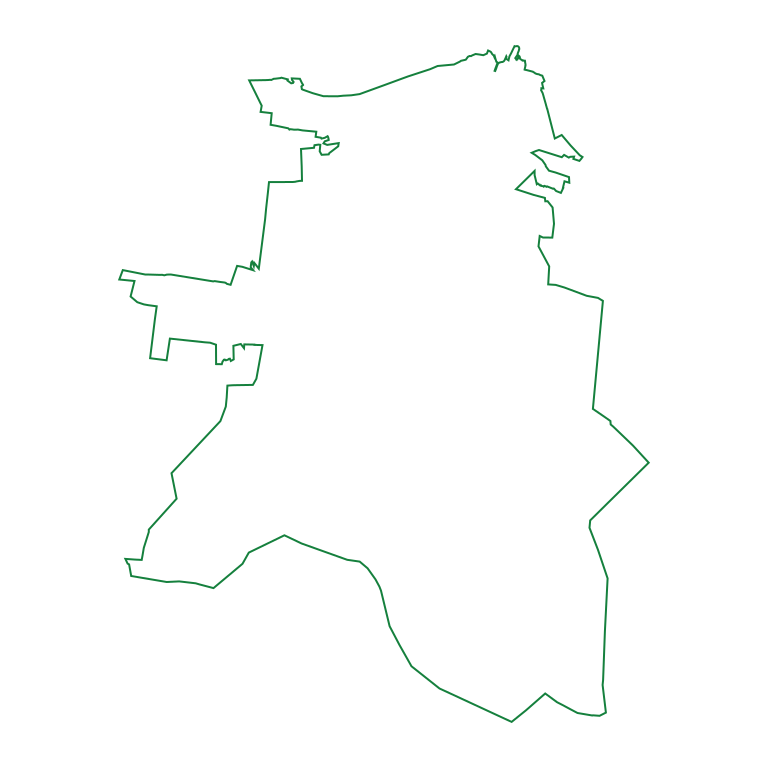 the district of Saltillo, Coahuila, Mexico
{"feature_id": "50627088B85716210154341", "entity_name": "Saltillo", "entity_type": "district", "adm_level": 2, "iso_a3": "MEX", "parent_name": "Mexico", "parent_adm1": "Coahuila", "projection": "robinson", "projection_center": [-101.093, 25.033], "detail": "fine", "context": "isolated", "style": "outline", "palette": "green", "viewbox_px": 768, "rotation_deg": 0, "n_neighbors": 0, "source": "geoboundaries", "source_scale": "gbopen_adm2", "svg_char_len": 5632}
<svg xmlns="http://www.w3.org/2000/svg" viewBox="0 0 768 768"><path d="M525.2,67.0L525.3,66.3L525.3,65.9L525.5,65.7L525.5,65.1L525.5,64.7L525.5,64.3L525.4,63.8L525.1,62.3L525.1,62.0L525.1,61.8L525.0,61.7L525.0,61.2L524.9,60.8L524.9,60.7L522.8,60.6L522.8,60.4L522.7,60.4L522.4,60.2L522.1,60.2L521.9,60.0L520.7,59.3L520.6,59.2L519.8,58.5L519.8,58.4L519.9,57.5L519.9,57.4L519.7,57.2L519.6,56.5L518.9,55.9L517.8,58.5L517.7,58.4L517.4,58.9L516.8,59.8L516.5,59.5L516.4,59.5L516.4,59.4L515.6,58.5L515.3,58.1L517.0,55.6L517.7,54.5L517.7,54.3L517.7,54.0L517.7,53.5L518.2,52.2L518.3,51.9L518.7,51.0L518.8,50.7L519.0,49.7L519.1,49.2L519.3,49.0L519.2,48.3L519.2,48.0L518.8,47.0L518.7,46.9L518.3,46.6L518.0,46.3L517.8,46.2L517.6,46.1L517.3,46.1L517.0,46.1L516.7,46.1L515.7,46.3L515.3,46.4L515.0,46.4L514.5,46.2L514.2,46.9L513.2,48.9L512.1,51.2L511.1,53.3L510.6,54.2L510.5,54.5L510.4,54.7L510.2,54.9L509.8,55.7L509.6,56.0L509.4,56.6L508.8,58.9L508.5,60.3L505.9,58.6L506.5,56.9L506.5,56.7L506.4,56.5L506.3,56.3L505.6,58.0L505.4,58.4L505.2,58.8L504.8,59.8L504.6,60.1L504.4,60.5L504.2,60.8L504.0,61.0L503.8,61.2L503.6,61.4L503.1,61.7L502.8,61.8L502.4,62.0L502.1,62.0L501.1,62.1L500.2,62.4L499.6,62.5L499.3,62.7L498.8,62.9L498.6,63.1L498.4,63.3L498.1,63.6L497.9,63.8L497.8,64.1L497.7,64.3L496.9,66.3L496.1,68.7L495.2,71.0L494.6,70.8L495.7,67.7L495.9,67.3L496.7,65.1L497.0,64.2L497.4,63.1L497.5,62.8L497.5,62.6L497.4,62.4L497.2,62.2L496.6,61.9L496.4,61.8L496.3,61.6L495.7,59.6L495.6,59.3L495.2,57.9L494.7,56.1L494.4,56.6L494.3,56.9L493.7,55.4L492.8,54.7L492.0,53.8L491.4,52.7L490.9,52.0L490.4,51.6L488.1,50.5L486.9,53.6L483.3,55.2L479.3,54.5L475.6,54.0L472.2,55.4L471.0,56.1L469.6,56.0L467.9,56.8L465.9,59.6L465.0,59.9L461.0,60.8L459.9,61.6L454.0,64.5L437.6,66.0L430.1,69.2L408.1,76.4L401.5,78.8L386.0,84.5L359.6,94.1L351.2,95.3L343.3,95.7L337.4,96.3L323.4,96.2L312.8,93.2L302.9,89.7L301.9,89.2L301.4,86.4L303.1,85.0L303.1,84.9L302.0,83.2L299.9,78.8L291.8,78.4L292.0,79.9L293.6,82.0L293.0,83.0L291.2,83.3L287.4,80.5L287.8,79.4L281.4,77.7L280.3,78.1L275.3,78.7L273.7,78.8L273.1,79.1L271.2,80.0L270.2,79.8L268.3,80.0L265.8,80.1L249.2,80.4L253.2,88.5L254.9,91.9L260.3,102.9L261.7,105.7L260.6,111.9L270.2,113.0L271.7,113.2L270.6,124.8L276.3,125.8L288.2,128.3L288.8,128.8L289.4,129.6L290.4,129.2L292.9,129.5L294.1,129.7L298.1,129.6L302.5,130.4L316.3,131.7L315.6,136.8L320.9,137.7L321.5,138.6L324.8,137.8L327.6,136.2L327.9,136.6L328.3,137.7L328.4,138.3L328.6,138.9L328.7,140.0L324.8,141.3L323.5,143.4L327.2,144.9L338.7,143.1L338.2,146.3L329.3,153.1L328.7,154.4L321.6,154.8L319.7,151.3L320.3,144.8L318.5,144.6L314.5,145.2L314.0,147.8L301.0,149.0L301.7,166.5L302.0,180.8L299.6,180.9L296.7,181.4L295.1,181.8L292.7,182.0L269.0,182.1L267.9,192.6L266.1,208.7L265.2,218.3L265.1,219.3L258.8,268.7L255.9,264.9L254.3,262.9L253.8,266.1L252.1,261.5L251.3,262.4L250.7,267.2L253.1,270.2L242.3,266.8L237.1,265.9L230.6,284.8L227.0,283.9L225.6,282.8L224.5,282.5L220.5,282.0L214.6,281.1L213.2,281.4L170.8,274.5L166.9,274.6L164.3,275.3L162.1,274.8L160.3,274.9L147.1,274.5L145.1,274.5L122.8,270.1L119.3,279.5L134.5,281.0L130.6,296.5L137.3,302.2L143.9,304.4L148.4,305.2L156.7,306.3L154.9,319.2L150.1,358.2L166.6,360.3L169.9,338.6L204.8,342.3L210.1,342.7L216.0,344.7L216.1,364.1L221.8,364.2L222.6,361.4L223.8,360.2L223.8,359.8L224.2,359.6L224.4,359.6L224.8,359.6L225.1,359.7L225.7,360.3L226.3,360.2L228.1,359.6L228.7,359.0L229.1,358.8L229.9,358.7L230.8,361.0L233.7,359.4L233.4,345.8L240.8,344.0L244.0,348.2L244.3,344.4L254.4,344.6L254.4,344.9L262.5,345.1L256.4,378.7L252.9,384.9L234.3,385.2L231.8,385.3L227.4,385.6L226.7,397.5L225.8,406.6L220.4,421.1L171.5,473.2L176.6,498.7L148.8,529.6L148.8,532.0L143.8,547.9L142.5,555.6L141.7,559.9L135.3,559.6L125.4,558.9L127.6,563.6L129.1,564.4L131.2,576.0L166.7,582.0L179.2,581.4L195.7,583.3L199.4,584.4L213.5,588.1L242.5,563.8L248.8,552.6L284.4,535.3L301.6,543.5L347.2,559.8L359.7,561.6L367.6,568.3L375.5,579.4L379.4,586.6L381.0,590.7L389.6,626.2L399.6,645.2L411.5,666.3L439.5,688.5L450.1,693.4L511.6,721.9L526.0,710.3L534.8,702.6L545.2,693.5L556.5,701.8L556.7,702.0L558.2,702.8L562.7,705.1L570.7,709.4L577.5,713.0L592.3,715.5L592.8,715.3L599.6,715.8L605.9,712.6L602.6,684.9L603.1,680.1L604.9,631.4L607.6,578.4L598.0,549.9L589.5,527.8L590.2,520.4L607.4,503.4L648.7,462.7L633.0,445.6L613.3,426.7L612.5,426.0L610.7,424.5L610.4,421.0L604.0,416.5L592.9,408.9L602.9,300.9L598.0,297.9L586.7,295.8L564.4,287.5L555.7,284.9L548.2,284.4L549.2,266.4L538.5,246.4L539.7,236.0L542.9,237.5L552.3,237.6L554.0,223.8L552.6,207.5L547.6,201.2L545.3,201.3L544.9,197.9L533.6,194.9L516.0,189.2L534.6,170.9L534.6,175.1L536.8,184.2L537.2,183.9L537.8,183.5L539.0,184.6L539.6,184.6L539.8,185.1L540.8,185.3L540.7,185.7L542.2,186.1L543.7,186.1L543.9,186.5L544.6,185.9L546.6,186.8L547.1,186.4L552.9,188.7L553.2,188.5L553.5,188.5L553.9,188.6L556.1,191.0L560.9,192.9L563.2,188.1L562.9,188.0L564.5,181.3L569.3,182.7L569.0,177.1L555.5,172.5L549.0,170.7L545.8,166.3L545.6,165.1L542.3,160.3L535.3,155.0L531.7,152.8L535.7,151.1L539.0,150.0L561.8,157.2L564.1,154.9L568.8,157.6L570.2,156.8L574.1,156.6L573.4,158.9L579.4,160.9L581.2,158.8L582.5,157.0L579.8,155.3L570.6,145.5L561.7,135.0L554.8,138.5L548.0,111.9L547.3,109.1L547.2,109.1L547.1,108.9L546.4,106.3L546.0,105.0L546.0,104.8L543.6,96.4L543.4,95.6L542.7,93.3L542.6,93.0L541.1,90.2L541.3,89.7L541.4,88.2L542.2,88.3L543.3,88.4L542.4,84.6L542.1,82.9L544.5,81.0L542.3,75.7L541.1,75.3L540.5,75.2L539.4,74.6L538.8,74.3L538.0,74.2L536.9,74.0L535.3,73.4L534.6,72.8L534.2,72.5L533.9,72.4L533.2,72.0L532.9,71.7L526.3,70.0L525.2,69.8L524.6,69.6L524.9,68.2L525.0,67.7L525.2,67.0Z" fill="none" stroke="#15803d" stroke-width="2"/></svg>